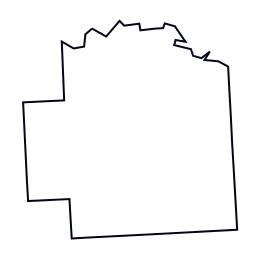 Wabaunsee, Kansas, United States of America (Robinson projection), rotated 357°
{"feature_id": "52423323B37462453886567", "entity_name": "Wabaunsee", "entity_type": "district", "adm_level": 2, "iso_a3": "USA", "parent_name": "United States of America", "parent_adm1": "Kansas", "projection": "robinson", "projection_center": [-96.171, 38.975], "detail": "fine", "context": "isolated", "style": "outline", "palette": "ink", "viewbox_px": 256, "rotation_deg": 357, "n_neighbors": 0, "source": "geoboundaries", "source_scale": "gbopen_adm2", "svg_char_len": 593}
<svg xmlns="http://www.w3.org/2000/svg" viewBox="0 0 256 256"><g transform="rotate(357 128 128)"><path d="M231.7,235.3L231.4,175.8L231.2,149.3L231.3,122.9L231.2,96.8L231.2,71.9L221.6,66.1L208.0,64.1L213.7,56.0L205.0,62.1L196.8,59.3L195.0,52.6L178.5,47.6L180.1,42.6L189.9,44.9L180.2,28.9L170.2,25.5L168.3,30.1L159.9,30.2L145.5,31.1L144.7,24.4L129.5,25.6L125.2,20.6L111.0,35.5L97.7,27.1L96.6,27.4L90.4,32.2L88.4,44.4L77.9,45.7L66.4,38.2L65.7,97.1L24.6,96.9L24.3,176.0L24.4,195.7L65.8,195.9L66.0,235.4L79.9,235.3L141.8,235.4L231.7,235.3Z" fill="none" stroke="#020617" stroke-width="2"/></g></svg>